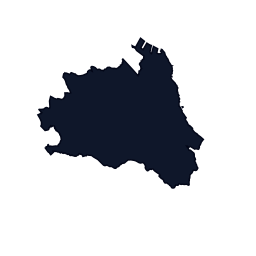 Si Racha, Chon Buri, Thailand, rotated 140°
{"feature_id": "78962969B58781089685129", "entity_name": "Si Racha", "entity_type": "district", "adm_level": 2, "iso_a3": "THA", "parent_name": "Thailand", "parent_adm1": "Chon Buri", "projection": "equal_earth", "projection_center": [101.044, 13.142], "detail": "fine", "context": "isolated", "style": "filled", "palette": "ink", "viewbox_px": 256, "rotation_deg": 140, "n_neighbors": 0, "source": "geoboundaries", "source_scale": "gbopen_adm2", "svg_char_len": 5823}
<svg xmlns="http://www.w3.org/2000/svg" viewBox="0 0 256 256"><g transform="rotate(140 128 128)"><path d="M130.7,52.5L128.2,53.6L126.5,52.0L124.9,52.6L123.5,50.6L122.5,50.1L121.2,48.6L119.3,47.3L118.5,45.4L117.7,45.2L115.9,47.6L114.8,48.4L113.8,49.6L112.9,50.0L111.1,51.9L110.3,52.4L107.9,52.5L105.5,53.6L104.6,53.4L103.5,52.0L102.8,51.7L102.1,51.7L100.5,52.3L100.1,52.9L100.0,54.4L99.3,55.5L98.8,57.7L98.4,58.3L98.4,59.7L97.8,60.3L97.0,60.3L96.6,60.5L96.1,61.7L95.8,63.3L94.2,65.3L93.7,66.3L94.5,70.9L95.5,71.7L95.0,73.8L94.8,76.5L94.0,75.8L93.7,74.1L92.1,73.9L90.5,69.0L89.4,68.5L88.2,67.2L88.0,66.6L87.4,66.4L86.0,67.1L85.0,68.4L83.4,68.7L80.9,70.1L77.6,70.8L78.2,74.7L78.9,77.5L78.9,79.1L79.7,81.4L79.8,82.6L79.8,84.5L79.5,85.9L79.4,86.1L79.0,86.0L78.8,86.5L79.1,89.4L79.4,89.5L79.3,90.1L79.5,90.1L79.7,90.6L79.8,91.8L79.0,94.5L78.9,96.6L78.3,98.2L78.1,98.1L77.5,98.7L77.0,98.4L76.8,98.6L76.9,99.8L76.5,102.6L76.5,104.7L75.9,106.2L75.4,106.6L75.4,107.9L75.1,108.2L75.1,109.0L74.9,110.0L74.7,110.1L74.8,111.1L74.6,111.5L74.9,111.9L72.9,114.5L72.3,114.9L71.7,114.9L71.6,115.7L71.0,116.8L70.5,117.1L70.4,116.9L70.2,117.1L69.8,117.1L69.3,119.5L68.7,120.0L68.1,120.1L67.7,122.3L67.2,123.0L67.3,123.3L66.8,123.5L66.9,124.6L66.0,125.1L65.5,125.9L64.1,126.7L64.0,127.8L63.3,129.2L63.6,131.1L63.1,131.6L63.1,132.2L63.4,136.8L63.2,137.9L62.7,139.2L61.7,139.9L61.3,139.3L61.2,139.5L61.6,140.1L61.3,140.9L60.7,141.4L59.4,141.4L58.7,141.0L59.1,141.4L59.0,141.9L57.0,143.5L56.6,144.6L55.6,145.5L55.4,146.3L55.0,146.7L54.8,147.6L54.4,147.5L54.6,147.8L54.7,149.0L54.5,149.4L54.1,153.0L53.6,153.8L53.1,155.8L53.2,156.9L52.8,158.2L52.8,159.5L51.5,162.3L51.6,164.4L51.5,166.1L51.8,166.6L52.0,166.3L52.7,166.4L53.3,165.7L53.6,165.8L53.7,164.8L54.2,163.9L54.5,163.8L55.5,164.1L57.0,165.1L57.7,166.6L57.8,167.0L54.3,169.6L56.1,174.1L62.2,169.8L62.5,170.3L62.4,170.9L62.8,172.1L62.6,171.9L57.1,176.2L57.3,176.4L58.2,178.3L59.0,180.9L66.1,178.3L66.7,181.2L59.7,183.9L60.7,188.7L70.3,185.0L71.6,187.5L71.9,188.4L72.5,187.5L72.6,186.8L71.8,186.1L71.2,184.2L71.6,181.9L69.5,172.9L70.4,172.2L71.6,170.6L72.9,171.2L73.8,170.6L74.4,170.5L74.9,170.8L75.1,170.3L75.7,170.0L76.6,169.9L77.0,170.1L78.1,169.6L78.5,168.1L78.4,167.3L79.1,166.4L79.3,164.8L80.3,165.0L80.7,164.4L82.1,164.1L82.9,164.5L84.6,162.7L85.0,162.6L85.3,162.1L85.6,162.3L86.7,161.7L86.9,169.8L87.6,184.1L88.1,184.1L88.4,183.7L88.5,182.9L89.0,182.2L89.3,182.2L89.4,181.8L89.9,181.9L90.5,181.6L90.6,180.9L91.4,180.5L91.7,180.8L92.0,180.6L93.5,181.0L93.7,180.8L93.7,180.3L94.5,179.9L95.4,180.6L96.0,180.5L97.4,180.5L99.1,181.0L99.8,182.3L100.8,182.5L101.0,183.4L102.0,183.8L103.1,186.4L103.8,186.7L104.2,187.3L105.1,187.6L106.3,187.3L107.2,187.4L108.1,188.0L110.0,187.6L110.9,189.0L111.8,189.5L111.8,190.6L112.0,191.2L112.5,191.7L113.8,192.3L114.2,193.2L114.3,195.2L115.0,196.9L116.1,198.3L116.8,198.5L117.4,198.2L119.0,194.5L119.3,195.2L119.4,196.5L120.4,197.2L122.5,197.2L123.6,196.2L124.5,196.1L128.6,197.3L131.1,198.7L133.0,200.2L133.2,201.0L133.7,201.7L133.6,203.1L134.4,204.0L135.8,206.7L136.4,206.9L138.5,206.5L138.9,207.0L138.9,207.8L139.4,208.7L140.1,209.8L140.7,209.9L140.9,210.8L141.6,210.6L142.4,210.8L145.1,208.7L145.0,206.4L145.6,204.1L147.0,201.0L147.3,198.8L148.0,197.5L148.2,194.7L149.3,191.7L150.6,192.2L151.8,193.8L153.8,195.4L155.1,193.6L156.4,192.4L157.0,192.5L158.6,191.8L160.4,192.5L161.1,193.0L161.5,194.0L162.4,194.9L162.8,195.6L164.0,195.8L164.8,196.9L165.7,198.5L166.0,199.7L167.0,201.9L170.8,199.1L174.2,194.3L175.3,193.6L176.2,194.0L176.9,195.6L177.5,196.3L179.5,196.7L181.0,196.6L181.4,197.3L183.0,198.3L183.4,198.9L184.1,199.2L184.4,199.9L184.2,195.2L184.9,195.4L185.3,195.0L185.6,195.4L186.5,195.4L188.6,196.0L189.4,191.4L190.4,188.3L192.1,186.2L193.5,185.5L193.1,179.4L190.9,178.2L190.0,177.9L188.9,178.3L188.7,178.8L188.3,179.0L187.7,179.0L187.4,178.7L185.7,179.5L185.6,179.2L185.8,178.8L185.7,178.1L184.7,178.0L184.4,178.2L183.2,176.9L183.3,176.4L183.8,176.1L183.9,174.9L184.2,175.0L184.4,174.8L184.3,174.2L184.4,173.5L184.1,173.1L184.2,172.7L184.6,172.9L184.7,172.3L184.4,172.1L184.4,171.4L184.1,171.1L184.3,170.8L183.8,169.4L184.0,168.4L183.8,168.3L184.1,167.3L184.5,166.8L184.7,165.2L185.1,164.3L186.7,161.7L187.9,161.4L189.8,160.2L192.5,159.8L193.4,159.2L195.0,160.7L197.9,162.6L199.2,164.1L199.6,164.0L200.2,164.3L200.2,165.1L199.8,166.0L199.9,167.2L200.2,166.2L200.8,166.1L201.0,165.5L202.6,166.1L202.6,165.7L203.0,165.5L204.2,165.8L204.5,161.8L204.5,160.7L204.0,159.5L204.3,158.6L204.3,157.2L200.7,157.4L200.3,158.4L199.7,157.7L199.3,157.7L199.0,157.0L198.4,156.6L197.5,155.6L197.3,154.9L196.6,154.4L195.7,152.3L194.6,152.2L194.2,150.7L193.6,150.5L193.5,149.9L192.9,149.6L192.7,149.8L192.5,149.7L192.0,148.8L191.9,147.9L191.4,147.4L191.2,146.6L189.9,145.6L190.1,144.4L189.9,144.1L189.1,143.4L188.3,143.4L188.1,142.4L186.8,140.5L185.7,139.7L184.1,139.7L183.6,139.3L182.7,139.3L182.1,139.9L181.6,139.6L181.3,138.5L180.6,137.8L180.3,137.2L180.8,135.2L178.5,134.2L177.7,133.5L176.5,133.9L175.8,132.7L173.5,130.4L173.0,128.0L171.3,123.2L170.6,115.3L170.1,114.3L169.5,113.8L167.9,113.1L166.8,110.3L165.5,109.3L165.0,108.5L164.5,106.6L163.9,105.5L163.2,105.0L161.7,105.2L159.9,104.6L158.8,104.7L158.0,105.0L156.7,104.6L156.4,105.0L156.1,105.1L153.2,103.5L150.3,103.6L148.1,103.4L147.4,102.6L146.3,101.9L144.0,99.2L143.0,97.6L141.8,94.4L141.0,93.2L138.8,92.0L138.5,91.3L138.5,89.6L138.7,88.7L139.2,87.4L140.4,86.4L140.8,84.7L140.7,83.0L140.3,82.5L137.9,82.4L137.3,82.1L136.8,81.3L135.8,81.1L135.3,80.7L135.1,77.7L133.6,72.1L134.0,71.2L134.8,71.4L135.2,71.0L134.9,67.9L134.2,66.1L134.3,65.4L134.9,63.8L135.0,62.2L134.7,61.8L133.5,61.2L133.5,60.3L133.0,59.1L132.8,58.3L132.9,57.3L132.5,56.2L132.8,54.4L132.7,53.8L132.0,53.0L130.7,52.5ZM73.1,108.7L72.4,108.6L72.3,109.0L72.9,109.4L73.1,108.7Z" fill="#0f172a" stroke="#020617" stroke-width="1.5"/></g></svg>